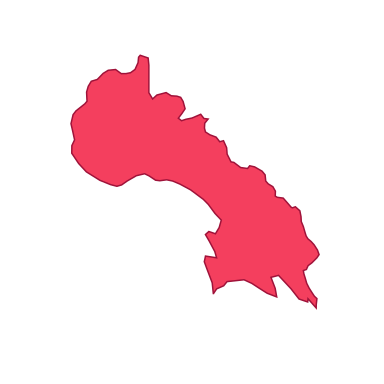 outline of Kato Polemidia, Limassol, Cyprus, rotated 164°
{"feature_id": "46923920B47943470326815", "entity_name": "Kato Polemidia", "entity_type": "district", "adm_level": 2, "iso_a3": "CYP", "parent_name": "Cyprus", "parent_adm1": "Limassol", "projection": "equal_earth", "projection_center": [32.979, 34.706], "detail": "fine", "context": "isolated", "style": "filled", "palette": "rose", "viewbox_px": 384, "rotation_deg": 164, "n_neighbors": 0, "source": "geoboundaries", "source_scale": "gbopen_adm2", "svg_char_len": 1874}
<svg xmlns="http://www.w3.org/2000/svg" viewBox="0 0 384 384"><g transform="rotate(164 192 192)"><path d="M197.2,332.9L204.1,337.7L206.2,336.3L208.2,331.2L213.0,325.5L218.2,323.6L222.8,324.0L227.4,325.3L231.7,330.8L239.0,332.1L244.7,330.5L252.0,326.3L258.3,326.2L262.6,322.2L265.8,317.1L267.9,308.2L270.7,306.3L281.1,302.0L285.0,299.1L289.5,291.0L289.9,283.4L290.5,274.5L294.7,269.7L296.9,262.4L293.1,250.6L288.0,240.5L277.3,228.6L268.2,221.5L262.6,218.2L257.7,218.2L251.4,220.4L241.1,223.0L232.5,222.6L228.8,219.3L223.8,213.4L219.8,211.7L213.0,210.7L207.6,207.9L201.4,202.9L192.8,194.5L183.2,181.9L179.7,175.5L175.8,165.0L171.6,156.9L175.7,150.3L181.0,145.4L186.7,149.4L190.8,147.4L188.9,139.8L186.5,128.5L186.5,122.0L196.7,126.7L198.1,124.0L199.4,121.6L198.9,114.7L197.6,99.2L199.6,87.9L199.4,88.4L195.0,92.1L187.4,93.1L183.0,96.2L166.2,93.3L159.7,87.7L154.0,81.1L147.7,74.0L139.5,67.8L138.6,76.5L139.6,88.2L131.8,88.0L123.6,71.9L118.6,59.6L111.1,54.4L109.9,57.4L104.6,46.3L103.6,49.5L101.3,55.1L103.1,58.1L104.3,61.9L105.1,64.6L105.9,67.3L106.9,72.6L106.9,77.9L107.0,82.7L106.6,85.8L103.4,86.0L100.7,89.2L96.2,90.9L90.1,94.3L87.1,96.8L87.4,101.6L89.2,107.6L91.1,111.5L93.5,115.1L94.4,118.2L94.5,122.0L94.5,128.1L95.1,133.5L94.0,138.3L93.5,144.2L96.7,149.3L99.8,149.1L100.8,149.9L106.0,161.0L111.5,163.4L113.1,165.1L111.6,169.8L112.8,174.8L116.5,178.8L118.1,182.2L117.0,188.3L118.9,192.7L124.9,198.9L129.3,201.3L132.1,199.3L138.5,202.1L143.6,208.9L146.2,210.2L147.8,218.7L146.5,225.0L147.6,232.6L151.5,232.7L153.7,238.1L159.1,242.1L162.5,246.0L162.4,250.0L160.8,254.6L156.4,257.7L160.3,259.4L162.2,264.3L171.6,263.1L177.9,263.6L182.4,263.4L184.8,266.7L180.1,270.2L175.7,273.9L175.6,281.5L176.8,286.1L180.1,288.3L185.4,290.2L189.5,294.7L199.0,294.9L199.4,294.7L204.2,292.3L206.1,299.3L198.5,325.8L197.2,332.9Z" fill="#f43f5e" stroke="#9f1239" stroke-width="1.5"/></g></svg>